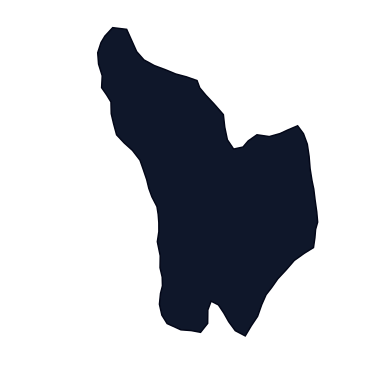 Olímpio Noronha, Minas Gerais, Brazil, rotated 288°
{"feature_id": "56859067B75972300711014", "entity_name": "Olímpio Noronha", "entity_type": "district", "adm_level": 2, "iso_a3": "BRA", "parent_name": "Brazil", "parent_adm1": "Minas Gerais", "projection": "mercator", "projection_center": [-45.284, -22.085], "detail": "fine", "context": "isolated", "style": "filled", "palette": "ink", "viewbox_px": 384, "rotation_deg": 288, "n_neighbors": 0, "source": "geoboundaries", "source_scale": "gbopen_adm2", "svg_char_len": 1194}
<svg xmlns="http://www.w3.org/2000/svg" viewBox="0 0 384 384"><g transform="rotate(288 192 192)"><path d="M323.8,65.8L313.4,61.0L306.0,59.3L295.3,59.3L284.8,63.6L274.8,70.7L263.3,73.8L258.0,80.8L252.6,87.1L241.5,91.0L232.6,96.4L223.1,102.6L217.7,112.4L213.2,122.5L206.2,132.7L199.3,138.0L189.8,145.1L182.0,149.9L175.0,155.4L167.3,163.2L160.2,166.8L152.4,170.0L144.2,172.7L134.0,174.4L121.5,181.5L110.1,185.0L101.8,190.0L93.6,192.9L85.8,193.4L75.2,195.7L65.6,201.4L59.2,209.0L57.5,224.0L60.0,234.2L61.2,243.5L71.9,247.5L84.7,243.5L94.1,243.9L92.8,252.0L86.8,259.6L80.0,267.0L73.5,276.0L71.6,287.1L83.1,289.7L94.1,292.8L106.5,293.1L117.2,294.2L125.8,297.3L135.9,300.4L147.1,305.6L158.5,310.4L168.4,317.7L176.7,324.7L186.5,323.0L194.6,321.1L202.2,320.8L211.6,316.8L222.7,311.4L232.4,306.9L239.9,302.6L250.7,297.1L262.2,292.3L273.1,286.9L281.9,280.0L287.6,272.0L280.3,263.6L274.8,257.7L268.6,248.4L266.5,236.1L258.0,229.7L250.5,226.6L245.7,218.3L252.6,209.5L263.8,203.1L275.3,197.9L282.7,185.5L288.3,175.3L293.4,167.2L299.5,162.4L299.8,151.3L299.2,139.9L300.0,130.1L300.6,117.1L302.8,105.4L308.4,96.0L316.8,88.4L326.5,79.6L323.8,65.8Z" fill="#0f172a" stroke="#020617" stroke-width="1.5"/></g></svg>